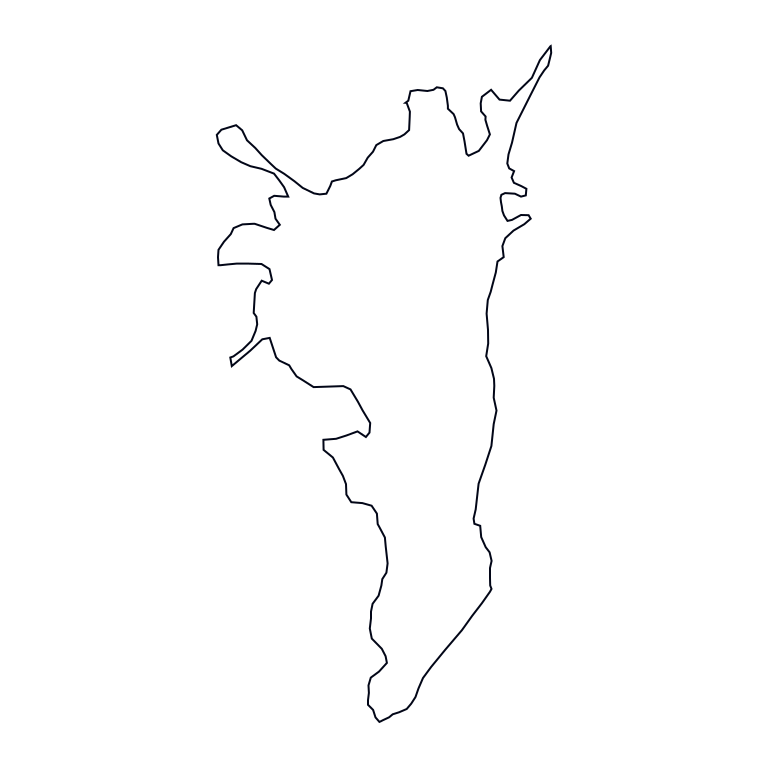 Larnaka, Larnaca, Cyprus (Mercator projection)
{"feature_id": "46923920B89189086057920", "entity_name": "Larnaka", "entity_type": "district", "adm_level": 2, "iso_a3": "CYP", "parent_name": "Cyprus", "parent_adm1": "Larnaca", "projection": "mercator", "projection_center": [33.619, 34.898], "detail": "fine", "context": "isolated", "style": "outline", "palette": "ink", "viewbox_px": 768, "rotation_deg": 0, "n_neighbors": 0, "source": "geoboundaries", "source_scale": "gbopen_adm2", "svg_char_len": 3236}
<svg xmlns="http://www.w3.org/2000/svg" viewBox="0 0 768 768"><path d="M230.3,357.5L231.8,366.1L250.2,350.7L262.3,339.3L269.7,337.9L276.1,357.3L279.3,360.6L289.2,365.3L291.4,369.0L296.6,376.4L302.3,379.9L313.6,387.1L343.3,386.1L350.5,389.4L357.9,401.7L362.6,410.4L370.2,423.0L369.5,432.6L365.9,437.0L357.5,431.4L346.4,435.5L336.1,438.8L323.4,439.8L323.6,449.9L332.9,457.5L339.2,469.3L342.9,475.9L346.0,484.1L346.4,494.6L351.3,502.2L362.4,503.1L371.6,505.7L376.9,513.6L377.7,524.1L379.0,526.4L384.9,537.5L385.7,546.3L386.8,556.2L387.6,563.4L386.4,572.7L382.3,579.1L381.4,585.4L378.6,595.7L372.6,603.8L371.0,611.6L371.0,618.4L369.8,628.5L371.8,638.6L381.8,648.8L385.6,656.2L386.9,662.9L379.0,671.6L370.8,677.6L368.5,685.4L368.9,692.9L368.0,700.2L368.0,704.8L373.1,709.9L375.5,717.4L379.4,721.9L380.8,721.3L382.7,720.3L389.1,717.3L392.7,714.3L399.0,712.3L406.7,709.0L411.2,703.7L415.5,697.0L418.5,688.4L423.0,678.0L431.1,667.0L445.2,649.8L461.9,630.2L472.2,615.8L481.9,603.2L490.0,591.7L491.5,588.9L490.2,585.5L490.0,578.0L490.0,568.0L491.6,560.9L489.6,552.3L485.7,547.2L481.2,537.1L480.2,525.8L474.4,523.8L473.6,518.6L475.7,509.4L478.6,483.7L485.3,464.7L491.4,446.0L493.7,424.1L496.5,410.6L493.7,397.7L494.3,385.8L494.0,378.8L491.4,368.1L486.2,356.2L488.2,343.5L488.0,329.9L486.6,313.6L487.8,300.0L490.7,291.8L492.5,284.8L495.8,272.5L497.5,261.5L503.7,257.1L502.4,246.1L505.3,238.2L513.5,230.6L524.3,224.2L530.7,218.7L528.6,215.2L521.0,215.0L512.0,219.9L507.5,220.9L504.0,215.4L502.4,211.0L501.8,206.3L501.0,202.2L500.5,197.9L501.4,194.8L505.1,193.1L514.9,193.7L521.0,196.6L525.8,195.4L526.4,188.8L521.3,186.1L513.9,182.8L511.6,177.5L514.1,171.1L509.2,168.4L507.3,163.5L508.5,154.4L512.0,142.7L516.5,122.9L530.3,95.5L539.5,77.4L544.2,70.4L548.1,65.7L550.0,58.0L551.2,52.9L550.7,46.1L550.4,46.3L539.9,60.1L531.9,77.8L518.8,90.6L510.0,100.7L499.5,99.6L491.1,89.8L486.0,93.7L481.9,96.8L480.7,103.3L481.1,111.4L485.6,116.5L485.4,119.8L487.2,126.0L489.9,134.4L487.0,140.2L478.8,150.9L468.6,155.7L466.5,153.8L464.5,141.2L463.0,133.4L459.1,129.1L457.1,124.6L455.0,117.3L453.6,114.1L447.9,108.7L447.9,105.8L446.8,97.6L445.4,91.0L442.9,88.3L436.8,87.3L433.5,89.8L427.4,91.0L417.7,90.0L410.5,91.2L408.3,100.7L405.5,102.8L406.7,102.9L409.9,111.6L409.7,117.3L409.1,130.1L404.4,134.4L400.1,136.9L393.3,139.2L383.3,141.0L376.3,145.1L373.0,151.7L367.7,157.7L363.6,164.9L359.3,168.8L352.7,174.2L346.2,178.1L335.7,180.3L331.9,181.5L330.3,185.9L326.4,193.7L319.7,194.4L314.0,193.4L302.7,187.9L294.4,181.2L284.2,173.8L275.8,168.6L270.7,163.8L261.7,155.1L255.3,148.0L247.0,140.3L242.2,130.3L236.1,125.2L221.4,129.7L216.8,134.9L218.5,143.5L222.8,150.3L231.2,156.3L241.2,162.2L250.4,166.2L261.5,168.8L274.0,173.6L279.1,180.2L284.1,187.2L288.2,196.6L283.9,196.6L274.2,195.8L269.3,198.5L270.7,204.9L274.4,212.1L275.5,218.7L279.8,224.8L274.0,230.0L267.0,227.9L254.7,223.8L253.1,223.8L242.4,224.4L233.6,228.1L230.8,234.1L224.0,241.7L218.5,249.8L218.0,257.2L218.5,265.2L220.5,265.2L228.1,264.4L236.7,263.6L248.0,263.6L261.5,264.0L269.5,269.1L272.0,280.0L268.9,283.7L261.7,280.7L256.2,289.1L254.9,293.0L254.3,302.9L253.7,313.0L256.4,316.7L257.2,324.3L255.6,330.9L251.5,340.8L242.6,349.6L233.4,356.4L230.3,357.5Z" fill="none" stroke="#020617" stroke-width="2"/></svg>